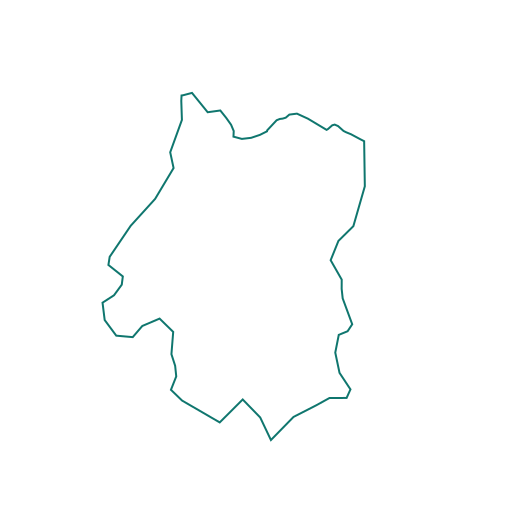 outline of Făleşti, rotated 131°
{"feature_id": "MDA-1620", "entity_name": "Făleşti", "entity_type": "District", "adm_level": 1, "iso_a3": "MDA", "parent_name": "Moldova", "parent_adm1": "", "projection": "albers", "projection_center": [27.695, 47.571], "detail": "fine", "context": "isolated", "style": "outline", "palette": "teal", "viewbox_px": 512, "rotation_deg": 131, "n_neighbors": 0, "source": "natural_earth", "source_scale": "10m", "svg_char_len": 1073}
<svg xmlns="http://www.w3.org/2000/svg" viewBox="0 0 512 512"><g transform="rotate(131 256 256)"><path d="M99.5,254.1L98.4,249.7L132.0,219.6L169.6,202.1L190.5,203.7L210.2,196.9L217.6,175.8L224.6,169.8L231.1,162.8L244.4,138.6L252.7,137.5L261.2,141.8L276.9,132.8L289.4,116.3L294.7,97.2L303.7,94.5L315.0,107.4L329.2,112.6L352.8,122.1L385.1,124.0L375.1,146.9L373.0,171.9L405.4,174.2L413.6,216.9L412.8,232.4L399.2,237.2L391.9,245.0L385.6,255.4L367.6,268.7L366.5,287.7L383.4,295.9L398.1,295.8L407.8,309.2L403.6,328.2L391.9,341.2L378.8,337.4L365.7,338.5L358.8,343.1L359.6,361.5L352.6,365.9L315.4,370.4L279.1,369.6L243.7,375.9L234.0,388.8L201.9,401.2L187.9,414.2L183.7,417.5L182.4,416.4L174.9,411.3L179.2,386.8L169.6,378.4L171.3,369.1L173.3,360.9L176.3,354.8L180.7,351.3L176.9,343.5L170.0,337.2L162.0,332.5L154.7,329.5L153.8,330.0L140.0,329.5L136.9,327.9L134.8,326.0L132.1,324.3L127.4,323.6L121.7,318.5L118.3,306.9L114.5,285.5L113.1,285.0L107.3,284.2L105.2,282.8L104.1,279.3L104.2,272.0L103.5,269.2L101.8,264.2L99.5,254.1Z" fill="none" stroke="#0f766e" stroke-width="2"/></g></svg>